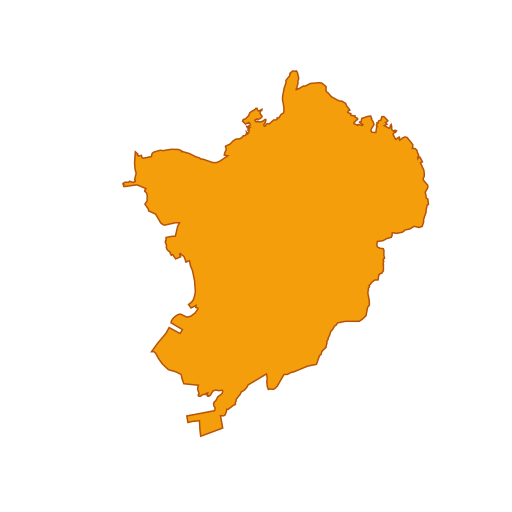 RUS, Salaj, Romania (Mercator projection), rotated 198°
{"feature_id": "2599482B70770862505186", "entity_name": "RUS", "entity_type": "district", "adm_level": 2, "iso_a3": "ROU", "parent_name": "Romania", "parent_adm1": "Salaj", "projection": "mercator", "projection_center": [23.568, 47.278], "detail": "fine", "context": "isolated", "style": "filled", "palette": "amber", "viewbox_px": 512, "rotation_deg": 198, "n_neighbors": 0, "source": "geoboundaries", "source_scale": "gbopen_adm2", "svg_char_len": 6157}
<svg xmlns="http://www.w3.org/2000/svg" viewBox="0 0 512 512"><g transform="rotate(198 256 256)"><path d="M275.0,444.5L275.4,443.9L278.3,443.3L280.3,440.0L279.6,438.6L279.8,437.4L281.6,433.0L281.7,432.0L281.0,430.1L281.1,424.2L279.9,415.4L279.1,412.9L275.5,406.2L274.1,402.1L274.1,400.5L275.9,398.4L276.9,394.5L278.6,393.9L278.3,392.5L279.0,391.6L281.2,390.9L284.3,385.6L285.9,385.5L287.1,384.5L287.1,382.8L288.0,382.1L288.9,382.5L289.1,384.0L288.7,384.8L288.4,387.4L288.9,388.9L289.9,388.4L290.8,386.8L292.8,385.1L294.1,384.6L295.3,384.8L295.8,384.3L296.2,384.6L296.9,383.8L298.1,383.8L299.0,384.8L298.8,385.5L297.5,386.1L297.5,386.6L296.0,386.8L294.5,387.9L293.4,389.8L293.4,390.8L295.9,392.5L296.9,395.0L295.5,396.1L295.7,397.3L298.3,394.7L299.9,395.4L300.6,396.7L301.7,396.5L302.2,395.0L305.1,391.9L306.2,390.1L306.4,387.0L308.6,382.8L310.2,382.1L310.5,380.1L306.6,378.2L305.7,379.4L304.3,379.9L304.6,380.6L303.9,380.8L302.6,380.0L301.9,379.2L302.3,377.9L302.9,377.8L302.8,377.1L305.0,376.4L303.6,375.1L301.4,376.2L302.7,373.2L301.2,373.2L301.1,370.9L301.6,370.4L303.2,370.9L301.9,369.3L303.2,368.9L303.1,367.8L303.7,367.0L305.3,366.4L306.1,364.3L307.6,362.5L311.1,361.0L313.1,358.8L315.3,354.4L318.8,351.2L318.9,350.4L317.9,349.6L317.3,347.9L317.6,344.1L317.4,342.2L313.8,342.6L319.7,335.0L322.5,332.6L326.0,331.5L336.1,331.7L338.7,331.2L339.9,331.8L344.3,331.8L351.1,332.9L358.4,332.6L359.1,332.2L359.3,333.0L362.5,333.4L369.6,331.3L377.1,327.4L379.8,327.0L385.5,323.1L386.4,321.7L386.5,320.2L386.1,318.3L393.7,314.0L394.7,314.3L396.1,316.3L398.2,314.9L399.8,315.1L400.1,315.4L399.8,316.4L403.0,317.8L400.2,306.8L398.0,301.5L395.5,297.5L395.1,291.5L394.8,290.8L394.1,290.6L393.9,289.6L395.7,288.0L399.2,288.1L400.0,286.7L403.3,285.7L404.9,284.0L404.9,283.4L403.7,283.0L403.8,281.8L402.9,281.2L391.2,286.9L381.5,286.1L382.1,284.3L381.7,284.1L381.8,283.1L379.7,282.3L378.2,280.0L377.0,276.2L376.6,274.6L377.7,271.1L377.5,270.8L373.1,267.6L372.0,265.7L364.4,264.8L356.8,258.0L353.9,257.0L352.3,257.2L343.1,262.6L339.0,264.0L339.7,260.0L338.8,249.9L341.9,248.8L347.3,245.8L346.3,242.8L346.7,242.6L346.6,241.2L344.5,238.7L343.8,236.1L342.0,234.3L338.4,232.8L338.1,231.5L336.7,230.5L335.8,231.7L331.5,228.4L327.4,232.0L329.3,234.2L328.5,235.1L327.7,234.3L324.5,233.4L322.1,230.6L321.0,228.6L320.0,228.9L319.9,229.6L317.8,230.9L315.4,226.6L311.8,222.3L306.8,213.5L302.6,203.2L302.0,198.2L302.2,194.4L303.3,191.7L305.2,189.0L301.7,186.5L297.7,190.5L297.4,188.5L295.1,188.4L295.1,187.0L296.3,183.0L299.5,178.5L302.9,176.5L309.9,177.4L312.2,176.1L314.3,173.4L315.6,171.1L316.4,168.2L316.2,166.2L303.2,163.3L304.3,158.8L316.5,161.1L317.8,154.5L322.6,142.6L325.8,132.7L323.6,133.5L321.4,132.5L316.5,127.9L311.7,124.4L304.2,120.8L296.7,121.1L291.0,120.3L290.0,119.4L288.8,116.9L285.2,112.2L270.8,115.3L270.7,112.5L270.2,111.0L267.8,107.8L267.6,107.0L268.1,106.2L267.4,105.0L265.7,105.3L263.5,108.0L261.8,108.5L260.9,110.0L259.6,110.9L259.9,108.7L258.5,108.6L258.6,107.8L257.5,108.1L256.3,109.6L255.4,114.0L254.3,115.1L252.9,116.1L249.5,116.5L246.7,117.9L246.1,117.5L245.8,117.1L245.7,115.4L246.4,113.6L248.8,110.4L249.5,106.0L250.4,104.7L250.9,102.9L249.5,100.1L248.2,99.4L247.8,98.4L247.6,96.1L272.4,82.5L269.3,76.6L265.4,79.0L258.9,81.9L255.7,73.6L252.9,67.5L234.5,82.1L240.4,93.1L237.4,94.0L236.3,95.2L236.1,98.8L236.4,101.3L235.2,101.4L231.1,107.4L229.7,108.4L230.4,110.0L230.1,111.5L230.5,113.7L228.3,119.6L228.1,122.0L225.6,124.9L224.2,128.0L223.7,130.9L209.6,147.1L207.6,143.3L206.8,139.6L205.0,135.5L203.1,132.9L200.5,134.2L198.6,134.4L197.2,135.6L195.6,138.6L192.8,151.9L189.4,153.2L186.5,156.3L184.7,157.1L173.0,167.1L165.0,171.7L164.8,181.0L163.7,182.4L163.9,185.5L161.1,191.0L161.5,192.1L161.5,194.8L162.2,196.5L161.7,199.1L162.0,200.8L161.5,203.1L161.6,207.5L160.5,209.5L159.5,213.9L158.4,215.0L157.8,217.5L151.0,221.4L137.6,225.8L135.5,228.5L132.9,233.2L134.0,241.6L133.1,244.0L133.2,245.0L134.6,248.9L137.9,254.7L138.7,257.5L138.5,258.4L139.3,260.1L138.8,260.9L138.7,262.2L139.4,262.9L138.5,264.3L137.8,266.7L135.7,269.8L132.5,271.0L133.4,276.2L132.8,276.6L132.8,277.3L131.0,278.6L130.3,281.4L132.2,287.4L132.7,287.7L132.9,290.6L133.6,290.8L133.8,291.6L133.9,292.7L133.1,293.3L133.1,293.9L134.5,295.8L136.1,301.0L137.3,302.3L140.4,301.7L143.1,302.0L144.5,303.7L145.1,307.3L140.0,309.8L137.0,313.0L133.1,315.6L132.9,317.4L133.6,320.1L133.3,320.3L129.2,321.0L124.4,323.7L123.2,325.0L122.4,326.8L117.9,329.3L114.8,333.1L109.8,333.5L107.1,335.5L107.1,340.3L107.8,342.0L107.9,345.6L107.8,350.2L108.4,352.3L108.9,357.3L107.9,358.3L110.1,363.2L112.0,363.7L113.6,367.2L114.8,368.8L113.8,373.3L113.8,374.6L114.7,376.5L120.3,379.9L120.9,381.4L120.6,383.6L121.2,385.9L122.9,389.5L128.4,395.5L126.8,397.0L130.5,400.6L131.6,400.4L132.2,398.7L132.7,400.4L132.2,401.4L132.4,402.1L135.0,405.0L135.6,406.3L137.7,407.3L140.6,406.7L140.4,407.4L141.3,410.4L148.9,415.4L151.1,415.3L153.1,413.6L155.1,410.5L155.7,411.0L156.2,413.3L156.6,413.4L158.2,411.5L158.8,410.1L159.4,410.2L163.3,414.1L162.8,416.2L162.5,416.0L161.5,416.8L161.1,418.5L162.6,418.6L163.0,418.1L162.8,417.4L163.4,417.3L165.3,417.7L166.3,418.8L166.9,421.0L168.1,422.8L168.6,421.2L168.2,419.2L168.7,418.6L174.3,419.6L172.1,421.8L174.2,423.0L172.4,424.9L172.4,425.5L177.5,428.1L179.4,427.4L179.2,423.8L181.0,422.5L181.2,421.2L180.9,420.2L182.1,420.0L181.8,418.9L181.8,417.2L180.7,416.7L181.1,416.0L180.2,410.5L183.7,409.5L184.9,410.0L185.7,411.9L184.4,417.5L186.2,420.0L188.4,421.7L188.4,422.4L190.2,424.6L193.0,423.2L197.9,419.6L197.6,416.1L198.9,415.5L198.8,415.1L194.9,414.0L195.3,412.9L199.0,412.8L199.6,412.5L199.5,411.8L199.9,411.7L203.9,412.2L204.1,413.6L203.0,414.6L202.9,415.9L201.6,417.0L201.6,417.8L202.7,418.5L204.5,418.5L205.1,419.9L208.9,419.1L209.8,419.6L209.7,420.6L213.1,420.9L213.2,422.4L211.8,423.6L212.0,424.0L216.3,426.8L217.8,428.8L222.3,429.9L223.4,429.3L226.5,429.4L233.5,430.8L238.2,433.6L239.6,433.9L240.8,435.5L241.5,438.4L241.9,438.9L246.9,440.8L249.4,440.4L257.6,436.9L261.8,432.7L263.5,432.3L267.2,428.1L269.1,426.6L269.4,427.4L268.8,428.4L269.3,429.1L269.4,433.2L270.2,435.0L270.2,438.1L273.5,443.6L275.0,444.5Z" fill="#f59e0b" stroke="#b45309" stroke-width="1.5"/></g></svg>